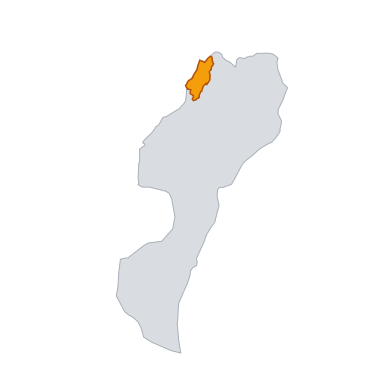 Aluksne highlighted on a map of Latvia, rotated 289°
{"feature_id": "LVA-1076", "entity_name": "Aluksne", "entity_type": "Municipality", "adm_level": 1, "iso_a3": "LVA", "parent_name": "Latvia", "parent_adm1": "", "projection": "equal_earth", "projection_center": [27.1, 57.427], "detail": "fine", "context": "in_parent", "style": "filled", "palette": "amber", "viewbox_px": 384, "rotation_deg": 289, "n_neighbors": 0, "source": "natural_earth", "source_scale": "10m", "svg_char_len": 2951}
<svg xmlns="http://www.w3.org/2000/svg" viewBox="0 0 384 384"><g transform="rotate(289 192 192)"><path d="M278.5,255.5L276.3,255.2L270.1,253.5L264.8,251.0L261.7,247.7L256.3,243.1L252.8,240.8L247.2,237.8L237.9,231.9L234.6,230.6L218.1,228.0L212.1,226.8L206.7,220.1L205.0,216.2L202.3,215.5L199.3,216.3L196.1,217.1L188.6,221.7L186.1,222.3L181.5,222.4L170.7,223.4L165.8,221.7L157.4,219.9L152.7,219.6L148.6,219.6L130.5,217.9L127.1,219.8L123.8,220.2L120.6,217.2L116.6,216.3L112.1,217.3L104.0,217.4L94.4,216.5L82.1,215.7L80.3,216.1L66.5,220.1L63.2,220.7L48.1,227.4L36.1,233.8L35.2,223.7L36.8,203.5L39.0,193.6L47.3,187.8L51.6,183.3L54.2,177.3L55.2,171.8L57.0,167.2L69.2,154.2L78.5,152.8L91.1,149.2L105.1,146.2L107.6,150.0L108.9,152.9L125.3,163.6L129.5,167.2L135.6,179.5L151.1,185.8L163.4,183.8L168.8,180.7L178.8,175.1L183.2,171.0L184.2,167.1L182.8,150.3L180.4,143.1L181.4,138.5L183.1,138.8L187.3,136.6L200.9,132.6L203.7,132.4L206.8,131.6L215.4,128.5L218.1,130.2L220.4,132.0L221.7,132.0L222.3,131.3L222.1,130.1L222.8,129.3L225.2,129.8L235.1,134.8L238.9,136.0L241.5,136.3L244.6,138.7L253.1,140.2L254.1,141.5L254.7,143.0L262.6,149.4L266.2,152.6L273.2,155.6L276.3,156.3L288.7,153.3L292.1,152.2L295.0,152.2L297.9,153.8L304.5,155.9L310.5,156.6L311.6,156.4L316.7,156.6L318.5,157.5L319.7,161.6L325.5,164.8L330.9,167.5L332.2,168.8L332.7,171.2L332.3,174.0L331.7,175.4L329.4,177.1L327.5,181.3L327.2,185.4L324.2,192.4L324.9,192.5L331.4,191.3L333.2,192.0L334.7,193.5L335.2,197.9L337.3,199.9L339.5,203.0L340.2,205.4L344.4,208.3L344.8,210.2L347.4,216.8L348.4,220.6L348.8,223.6L347.6,227.3L346.5,229.9L345.2,229.7L341.5,230.4L335.6,233.5L326.8,240.7L324.5,242.3L322.2,247.8L321.6,248.4L316.5,248.1L315.1,248.0L309.9,248.1L298.7,246.7L294.3,247.6L288.6,253.2L286.3,254.0L279.7,254.8L278.5,255.5Z" fill="#d9dde1" stroke="#a8b0b8" stroke-width="1"/><path d="M290.9,151.2L291.5,151.5L292.0,151.9L292.6,152.0L293.4,151.9L294.1,151.9L295.6,152.2L296.6,152.7L298.2,154.3L299.1,155.0L300.1,155.3L303.6,155.5L310.2,157.1L311.7,156.5L319.2,156.4L319.0,158.3L319.1,159.6L318.6,160.6L318.5,161.6L319.6,162.3L324.1,163.7L326.4,165.4L326.2,166.7L325.9,167.0L325.5,167.3L325.0,167.4L324.6,167.7L322.4,168.5L321.8,169.3L321.1,169.6L320.4,170.6L319.2,170.5L318.9,170.5L318.1,170.3L317.5,169.8L316.3,169.8L314.0,170.3L311.8,169.2L310.5,169.6L308.3,171.2L307.1,171.1L306.8,171.2L306.5,171.4L306.3,171.6L306.0,171.9L305.1,171.8L304.4,172.2L303.2,172.3L298.8,171.1L298.4,171.0L298.4,170.9L298.5,170.7L299.0,170.3L299.3,170.0L299.0,169.8L297.3,169.1L295.9,168.2L292.3,168.2L290.6,168.4L289.9,167.6L289.7,167.6L289.3,167.6L287.4,167.4L286.1,167.3L285.5,167.4L284.1,168.1L282.7,167.4L282.7,167.2L282.5,166.6L280.6,165.8L279.9,165.1L278.9,163.6L279.8,162.1L281.1,162.2L282.9,162.2L283.6,161.9L284.1,159.7L284.4,158.4L286.0,157.7L288.2,157.7L288.2,156.9L288.1,155.1L287.6,154.2L288.5,153.7L289.0,152.9L289.5,152.2L290.1,151.5L290.9,151.2Z" fill="#f59e0b" stroke="#b45309" stroke-width="1.5"/></g></svg>